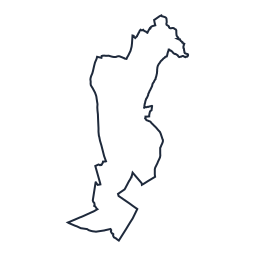 the district of Tetlatlahuca, Tlaxcala, Mexico
{"feature_id": "50627088B49898192612493", "entity_name": "Tetlatlahuca", "entity_type": "district", "adm_level": 2, "iso_a3": "MEX", "parent_name": "Mexico", "parent_adm1": "Tlaxcala", "projection": "robinson", "projection_center": [-98.281, 19.233], "detail": "fine", "context": "isolated", "style": "outline", "palette": "slate", "viewbox_px": 256, "rotation_deg": 0, "n_neighbors": 0, "source": "geoboundaries", "source_scale": "gbopen_adm2", "svg_char_len": 5604}
<svg xmlns="http://www.w3.org/2000/svg" viewBox="0 0 256 256"><path d="M88.8,230.2L91.0,230.9L92.8,231.3L94.6,231.5L96.0,231.7L97.9,231.4L104.6,230.4L105.1,230.2L110.5,229.0L111.2,230.1L111.1,230.7L110.9,231.3L110.9,231.5L111.0,231.8L112.0,233.5L112.7,233.6L113.0,233.8L113.3,234.1L113.3,234.5L113.1,235.4L113.1,235.7L113.9,237.3L114.3,237.6L114.7,237.7L115.5,238.2L115.9,238.3L116.5,238.9L118.8,240.6L126.2,228.9L127.7,226.4L130.4,222.0L132.4,218.9L132.8,218.2L135.0,213.7L137.3,209.0L136.8,208.6L135.8,208.0L132.7,205.8L132.1,205.4L131.9,205.2L129.0,203.1L118.6,196.0L118.0,193.9L120.5,192.2L123.7,190.0L124.6,189.4L125.6,187.6L126.8,185.3L127.0,185.0L128.0,183.0L129.3,180.6L129.6,180.3L130.5,178.7L131.0,177.7L131.3,176.9L131.4,176.7L131.6,176.2L131.7,176.3L132.6,172.6L141.5,183.0L141.8,183.9L141.9,184.8L143.7,183.8L148.1,181.0L155.1,176.8L154.8,174.4L154.8,169.3L155.0,168.4L155.2,167.7L155.5,167.0L155.8,166.5L156.8,164.4L157.3,163.5L157.7,162.4L158.3,161.0L159.0,159.6L159.5,158.5L160.0,157.3L160.3,155.5L160.2,153.3L160.2,150.6L160.2,147.9L160.7,146.9L161.5,144.9L162.1,143.7L162.7,142.1L162.9,141.3L162.9,139.9L162.4,138.9L162.1,137.9L160.7,133.7L159.9,131.9L158.2,130.1L156.2,127.7L155.7,127.2L154.8,126.3L153.8,125.4L153.3,124.8L151.6,123.2L150.6,121.9L150.2,121.6L149.7,121.3L149.2,121.2L148.5,121.0L147.9,120.6L146.8,120.3L146.5,120.1L146.3,120.0L145.8,119.1L145.1,118.4L145.1,118.2L145.5,117.8L145.5,117.7L145.5,117.0L145.5,116.6L146.0,116.6L147.2,116.6L149.2,116.4L149.2,115.3L149.4,114.0L149.8,112.2L150.1,111.3L151.2,110.5L151.5,110.3L152.1,106.0L152.0,105.9L151.8,105.9L151.3,106.0L151.1,106.1L150.6,106.2L149.4,106.5L148.9,106.6L148.4,106.9L147.7,106.8L147.4,106.9L146.9,107.1L146.5,107.2L145.4,107.1L145.2,107.2L144.3,107.8L144.2,107.8L144.1,107.5L144.1,107.3L144.5,106.8L144.7,106.4L144.5,106.1L144.4,105.7L144.5,105.0L144.7,104.2L144.7,103.8L144.8,103.6L145.0,103.2L145.2,102.1L145.4,101.1L146.3,98.5L146.6,98.3L146.9,97.9L147.2,97.2L147.6,96.3L148.2,95.0L148.2,94.1L148.6,93.3L149.0,92.5L149.3,91.8L149.4,91.3L150.0,90.4L151.6,87.1L152.1,86.0L152.4,84.5L152.6,84.0L152.7,83.5L153.8,82.1L154.2,81.1L155.2,79.4L155.6,79.0L155.6,78.4L155.7,77.8L155.9,77.4L156.3,76.1L157.0,73.0L157.0,71.8L157.2,71.1L157.1,70.1L157.3,68.3L157.4,67.4L157.9,65.6L158.5,64.6L158.9,63.8L159.5,63.2L159.9,62.5L161.0,60.9L161.4,60.6L161.8,60.3L162.2,59.8L162.7,59.4L163.3,58.6L163.7,58.3L164.7,57.7L165.2,56.9L165.8,56.6L166.6,56.6L166.9,56.2L167.2,55.2L167.3,54.2L167.5,54.0L167.6,53.1L167.7,52.8L168.1,51.6L168.1,51.4L168.3,51.0L168.5,50.7L168.6,50.4L168.7,49.5L168.9,49.5L169.1,49.5L169.4,49.6L169.6,49.8L170.3,50.7L171.0,50.7L171.2,50.9L171.5,51.0L172.3,51.8L173.4,53.1L173.8,53.4L174.2,53.7L174.6,53.9L175.1,54.0L175.2,53.9L175.6,54.0L177.2,55.0L177.7,55.3L178.2,56.2L178.5,56.5L179.2,57.1L179.7,57.0L180.5,56.7L181.4,56.6L182.0,56.2L182.6,56.0L183.2,56.0L184.3,56.7L184.9,57.0L185.4,57.2L185.8,57.0L186.3,56.5L186.9,56.7L187.3,56.6L188.0,55.6L188.1,54.9L188.0,54.6L187.8,54.2L187.6,54.1L185.8,53.6L184.8,53.1L184.6,52.6L184.4,52.3L184.4,51.2L184.1,50.7L184.0,49.0L183.6,48.3L183.7,48.2L183.4,47.5L183.5,47.2L183.4,46.5L183.6,45.9L183.8,45.5L183.7,45.1L183.7,44.7L184.0,44.4L184.3,43.8L182.3,42.6L182.4,42.1L180.7,40.9L180.1,39.7L180.0,39.8L179.8,39.8L177.3,38.7L178.6,38.4L178.3,37.8L178.0,37.5L177.8,37.1L177.3,36.6L177.0,36.2L176.6,35.6L176.4,33.9L176.3,32.0L176.3,30.5L176.2,30.2L175.8,29.5L175.0,29.1L174.1,28.5L173.7,28.1L172.5,28.0L170.7,28.3L169.8,28.1L169.3,27.7L169.0,27.2L169.0,26.8L168.6,26.1L167.3,25.3L166.6,24.8L166.4,24.2L166.4,23.4L166.7,22.4L166.7,21.3L166.6,20.4L166.5,18.8L166.3,18.2L166.0,17.8L165.7,17.6L165.5,17.4L164.9,17.1L163.1,16.5L162.5,16.4L162.3,16.3L162.0,16.3L161.7,16.1L161.4,15.4L159.6,16.2L155.9,18.8L154.1,20.0L154.6,22.6L155.3,25.3L153.1,25.9L152.0,26.3L151.1,26.8L150.4,28.4L149.9,28.1L148.4,30.7L147.4,32.8L147.1,32.7L145.9,31.6L145.2,31.4L144.7,31.1L143.8,30.6L143.5,30.3L143.3,30.0L143.2,29.8L142.9,29.9L142.6,30.2L142.3,30.3L141.5,30.3L141.4,30.3L141.0,30.0L140.8,29.8L140.6,29.7L139.7,30.8L139.0,32.4L138.8,32.8L138.4,33.2L138.2,33.8L137.8,34.6L137.6,34.9L137.4,35.4L137.0,36.0L137.0,36.3L136.9,36.4L136.7,36.5L136.1,37.1L135.2,38.0L134.8,37.5L134.5,37.2L134.3,37.1L133.7,37.0L133.5,36.7L133.6,36.2L133.6,35.8L132.5,35.5L132.0,43.3L131.7,45.9L131.6,46.7L130.5,50.9L128.2,55.6L127.1,57.4L126.7,58.5L126.5,58.9L125.9,58.8L124.8,58.6L124.5,58.5L124.4,58.3L123.9,58.0L123.4,57.9L122.1,57.3L121.5,57.1L119.8,56.4L118.9,56.2L117.9,56.3L117.0,56.5L116.2,56.9L115.2,57.0L114.0,57.0L113.2,56.9L112.2,56.7L111.4,56.5L109.7,56.0L108.7,55.7L107.1,55.8L105.6,55.8L104.1,55.6L103.4,55.7L102.7,55.7L102.2,55.9L101.7,56.0L101.4,57.8L97.1,56.8L96.6,58.8L95.0,62.5L94.1,66.0L93.0,70.9L92.3,73.4L91.1,76.2L90.6,78.0L90.4,79.4L90.6,81.1L90.7,82.0L90.6,83.2L90.7,84.3L90.8,85.1L91.5,86.4L92.6,88.1L95.0,92.6L96.1,95.6L96.4,96.9L96.6,98.4L97.1,101.7L97.5,104.2L97.3,107.2L97.4,109.1L97.5,110.6L97.7,112.5L97.9,114.2L98.1,119.6L98.5,128.3L98.5,131.8L98.9,135.8L99.3,137.1L100.0,140.7L101.4,145.4L104.1,156.0L106.0,161.3L105.3,161.5L103.0,161.6L102.8,162.8L102.5,163.1L101.7,164.7L101.4,165.0L100.5,164.8L100.0,165.2L98.8,164.6L98.5,164.5L95.3,166.0L100.3,183.7L100.4,184.4L97.7,184.9L97.3,184.4L96.6,183.4L95.8,182.3L95.6,182.4L92.8,200.3L92.9,200.9L93.2,201.6L93.5,202.2L94.0,202.6L94.3,203.0L94.6,204.8L94.2,205.9L95.1,206.3L96.7,208.6L97.4,209.2L94.2,211.1L83.0,216.2L81.1,217.0L79.9,217.4L79.5,217.6L79.0,217.8L77.4,218.5L68.7,222.2L67.9,222.5L68.7,223.0L75.0,225.7L77.0,226.4L80.8,228.2L82.3,228.4L87.1,229.1L88.8,230.2Z" fill="none" stroke="#1e293b" stroke-width="2"/></svg>